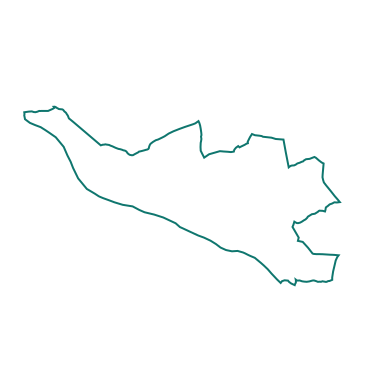 Orsu, Imo, Nigeria, rotated 253°
{"feature_id": "59680162B44850901768514", "entity_name": "Orsu", "entity_type": "district", "adm_level": 2, "iso_a3": "NGA", "parent_name": "Nigeria", "parent_adm1": "Imo", "projection": "albers", "projection_center": [6.989, 5.858], "detail": "fine", "context": "isolated", "style": "outline", "palette": "teal", "viewbox_px": 384, "rotation_deg": 253, "n_neighbors": 0, "source": "geoboundaries", "source_scale": "gbopen_adm2", "svg_char_len": 3451}
<svg xmlns="http://www.w3.org/2000/svg" viewBox="0 0 384 384"><g transform="rotate(253 192 192)"><path d="M206.0,113.3L204.9,114.7L200.0,122.0L195.6,131.0L190.2,136.4L186.5,140.7L181.5,149.2L176.0,157.1L166.9,167.2L162.0,170.2L160.7,171.7L154.5,178.6L148.6,185.2L144.9,190.1L140.0,195.5L135.2,199.7L131.0,202.7L130.6,203.0L130.3,203.3L126.6,207.5L125.8,208.9L123.6,212.9L122.3,218.4L119.2,223.2L117.9,224.7L115.5,227.2L113.7,229.2L110.7,232.8L105.2,236.4L104.3,237.0L100.4,239.4L99.8,239.7L96.1,241.8L90.7,244.2L83.4,247.8L79.1,250.2L80.4,252.0L80.5,254.7L79.2,257.9L77.7,258.5L75.5,260.1L73.8,262.0L72.9,263.0L73.9,263.7L75.0,264.8L76.9,265.5L77.9,265.6L76.6,266.5L75.9,269.1L74.4,271.2L73.5,273.1L72.6,275.4L72.2,278.0L72.1,281.4L71.8,282.7L70.6,284.5L69.3,286.1L68.8,288.3L68.4,289.0L68.5,290.6L66.8,293.9L66.8,295.1L67.0,296.2L66.7,297.5L67.0,300.4L69.3,301.1L74.7,303.7L81.2,307.5L84.5,309.4L87.2,311.8L88.6,313.7L90.4,309.3L91.7,305.6L94.5,298.2L96.4,292.3L97.2,290.3L97.9,289.3L104.7,286.7L111.9,283.3L114.3,279.0L117.2,280.7L129.2,277.9L131.0,279.4L133.7,281.2L132.9,281.9L131.7,283.1L131.2,284.3L131.1,286.4L131.5,288.4L132.2,290.7L132.6,292.6L133.7,294.7L134.5,295.5L135.7,300.1L135.3,303.1L136.2,306.5L136.7,307.5L136.9,308.4L135.8,311.4L134.5,313.5L135.7,314.3L138.1,315.5L139.0,318.0L139.9,320.0L140.0,322.6L140.5,325.1L139.6,327.5L139.1,330.4L142.3,329.1L146.3,327.3L152.5,324.9L159.1,322.2L162.6,320.9L165.2,320.9L167.9,321.1L170.4,322.0L180.8,326.2L182.2,324.7L185.1,322.6L188.5,320.5L189.7,319.3L189.3,314.2L189.6,312.7L190.0,310.7L189.5,308.5L188.8,307.2L188.8,305.6L188.5,303.6L188.5,301.1L187.8,299.1L187.6,297.4L188.1,295.3L188.1,293.8L187.3,291.7L188.1,291.8L190.2,292.0L202.6,293.3L215.4,294.8L218.2,287.6L220.7,283.9L224.1,276.0L225.1,275.0L226.1,273.0L227.9,268.8L229.9,266.3L227.5,263.5L225.3,261.4L223.8,260.0L222.3,259.7L222.3,258.4L221.7,256.1L221.2,252.7L220.8,250.5L222.4,249.6L221.5,247.0L220.1,244.9L218.4,243.8L218.8,240.9L220.0,238.0L221.4,234.3L222.9,230.6L223.1,219.4L221.3,213.7L225.8,212.9L228.9,212.4L232.5,213.3L236.5,214.7L237.9,215.5L240.0,216.5L242.3,216.8L243.7,217.7L246.0,218.2L249.8,218.8L253.2,219.2L255.8,219.2L257.9,218.9L256.7,215.3L256.5,213.1L256.3,204.5L256.0,198.6L255.5,192.1L254.7,186.8L253.3,182.2L252.8,179.5L252.1,174.9L252.1,172.5L251.3,169.3L250.2,166.4L249.0,165.1L247.3,163.9L246.5,163.5L245.9,162.8L245.7,161.7L245.8,160.0L245.8,158.5L245.9,155.8L246.1,153.0L245.7,152.3L245.2,149.7L245.0,148.6L244.5,146.4L244.7,145.3L245.7,143.4L246.8,142.4L248.3,141.6L249.0,141.4L249.9,141.1L250.8,140.4L251.4,139.6L251.9,138.6L252.9,137.4L253.9,135.9L254.7,134.3L256.0,132.6L256.9,131.5L258.9,129.3L260.1,127.7L261.2,126.5L261.6,125.7L262.4,124.0L262.9,123.1L263.0,121.7L263.3,120.7L263.3,118.4L293.3,99.2L298.4,95.8L299.9,95.7L301.2,95.6L302.0,95.4L302.7,95.1L304.1,94.8L304.9,94.5L306.4,93.5L308.0,92.9L308.3,92.7L308.8,92.3L309.1,91.7L309.6,90.5L310.0,89.5L310.3,88.9L311.2,88.1L311.6,87.6L312.7,86.8L313.7,85.7L313.9,84.8L312.8,85.3L312.2,83.0L311.6,78.1L314.0,70.1L314.2,69.6L314.0,67.6L314.1,65.6L314.7,64.1L315.9,62.4L316.6,59.5L317.3,54.9L315.5,54.6L314.4,54.0L310.4,53.6L305.5,57.2L301.9,61.5L298.2,66.3L296.2,68.0L294.0,69.9L290.3,72.9L285.6,76.6L284.2,77.7L279.9,79.5L272.7,82.5L263.8,83.5L263.1,83.6L256.4,84.8L249.8,85.3L238.3,87.1L225.7,92.3L220.1,97.4L218.9,98.5L215.3,101.5L214.7,102.1L212.2,105.1L208.6,109.9L206.0,113.3Z" fill="none" stroke="#0f766e" stroke-width="2"/></g></svg>